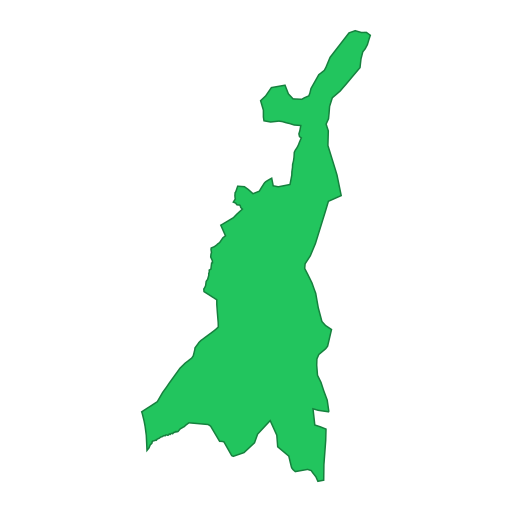 the district of Rimi, Katsina, Nigeria
{"feature_id": "59680162B87154562016330", "entity_name": "Rimi", "entity_type": "district", "adm_level": 2, "iso_a3": "NGA", "parent_name": "Nigeria", "parent_adm1": "Katsina", "projection": "equal_earth", "projection_center": [7.703, 12.89], "detail": "fine", "context": "isolated", "style": "filled", "palette": "green", "viewbox_px": 512, "rotation_deg": 0, "n_neighbors": 0, "source": "geoboundaries", "source_scale": "gbopen_adm2", "svg_char_len": 3209}
<svg xmlns="http://www.w3.org/2000/svg" viewBox="0 0 512 512"><path d="M147.0,450.4L149.0,447.9L150.2,444.9L151.8,443.4L152.1,442.7L152.0,442.0L152.4,441.3L153.7,440.8L155.0,440.5L155.5,440.1L156.3,440.3L157.2,439.1L157.9,438.8L159.1,438.3L160.6,437.1L161.6,436.8L162.6,436.5L163.5,435.7L164.4,435.6L165.1,435.8L166.1,434.8L166.9,435.0L167.9,435.3L168.7,434.8L169.2,434.0L169.7,434.0L170.2,434.4L171.1,433.5L172.3,433.4L172.7,433.7L173.2,433.1L173.5,432.5L174.4,432.4L174.9,432.4L175.4,431.6L176.3,431.9L176.6,431.6L177.0,431.8L178.0,431.5L180.2,428.9L181.8,428.0L183.1,427.2L184.3,426.6L185.6,425.3L188.9,422.8L208.1,424.5L210.6,426.1L219.6,441.3L222.0,441.4L223.9,441.8L231.7,455.6L233.3,456.3L244.0,452.6L254.5,442.8L257.6,434.1L270.2,420.6L276.8,435.2L277.7,446.8L288.8,456.1L291.4,467.0L291.8,468.0L293.0,469.6L295.3,471.6L307.6,469.4L311.3,470.6L312.6,472.6L315.9,476.8L317.9,481.3L323.7,480.2L323.9,464.7L325.7,440.6L326.0,429.1L320.3,426.8L314.8,425.0L313.0,408.8L318.2,410.3L328.5,411.8L328.8,411.2L327.2,400.1L323.7,390.7L321.0,382.4L317.5,375.3L316.7,365.1L316.9,358.9L318.8,354.5L325.7,348.7L327.6,346.2L331.5,329.5L325.5,325.5L321.9,321.5L318.2,307.5L315.7,293.3L314.1,289.0L312.0,283.0L307.7,274.3L304.7,268.5L305.1,263.8L310.3,255.8L315.4,243.6L325.5,211.0L328.4,201.3L341.2,195.6L337.0,175.1L335.5,170.1L327.9,145.5L328.3,130.9L326.1,124.1L328.5,118.8L329.0,113.9L329.6,106.3L332.3,97.8L340.2,91.0L342.9,87.8L345.9,84.4L351.9,77.2L360.0,67.6L361.0,58.8L362.8,51.8L365.2,48.8L367.4,44.6L368.9,39.6L370.3,35.3L366.4,32.4L361.4,32.5L355.2,30.7L349.0,32.9L330.1,57.3L326.0,67.2L324.3,70.4L318.8,74.7L311.0,88.5L309.9,93.1L308.8,95.9L306.0,97.1L304.2,97.9L301.8,99.3L293.1,98.9L288.4,93.9L285.0,85.2L271.4,87.6L265.7,95.9L260.6,100.7L263.4,110.2L263.4,117.0L263.8,119.6L264.0,120.8L270.6,122.0L278.9,121.1L282.4,121.6L286.0,122.7L289.9,123.6L294.2,125.0L300.8,125.5L299.9,130.5L298.9,133.9L299.5,136.6L301.3,137.9L299.5,142.1L298.4,145.0L297.1,147.5L296.6,148.3L295.3,150.2L294.3,152.3L294.0,157.3L293.5,160.9L292.6,164.5L292.5,167.4L291.9,171.8L291.8,175.1L290.0,184.5L278.3,186.8L273.2,185.8L271.7,178.2L270.2,179.0L267.8,180.4L266.5,181.2L265.5,181.9L264.6,182.8L263.8,183.9L262.9,185.4L261.7,187.2L259.3,191.2L254.0,193.3L253.0,193.7L248.3,189.5L244.4,186.7L237.7,186.2L235.8,191.7L235.1,192.7L235.0,194.5L234.9,195.5L235.1,198.1L235.3,199.0L233.3,202.1L235.7,203.1L236.8,204.7L238.1,205.0L239.4,205.0L240.1,205.4L240.8,207.6L242.4,209.1L237.0,214.0L233.4,217.7L220.8,225.2L225.5,235.8L222.9,237.8L219.6,242.6L217.5,244.1L216.8,244.9L214.3,246.7L211.2,248.0L211.0,249.5L211.5,252.5L211.0,254.1L210.7,257.0L212.3,260.5L212.5,262.8L211.6,263.0L210.9,269.1L209.2,270.1L209.3,272.0L208.7,273.5L208.8,275.1L208.4,276.6L207.6,279.4L206.2,281.3L206.1,282.0L205.6,285.7L204.7,287.6L203.8,289.0L204.0,291.6L216.8,299.8L216.8,304.5L217.4,312.9L218.2,322.6L218.3,327.0L216.1,329.1L213.6,331.1L200.9,340.5L198.9,342.5L198.1,343.7L195.0,347.9L194.8,349.8L194.4,351.3L194.0,353.0L193.2,356.0L191.7,358.1L185.2,363.1L180.0,368.2L169.6,382.6L166.4,387.3L162.7,392.4L157.3,401.7L141.7,411.8L142.2,413.3L144.1,421.0L145.1,426.3L146.3,435.4L147.0,450.4Z" fill="#22c55e" stroke="#15803d" stroke-width="1.5"/></svg>